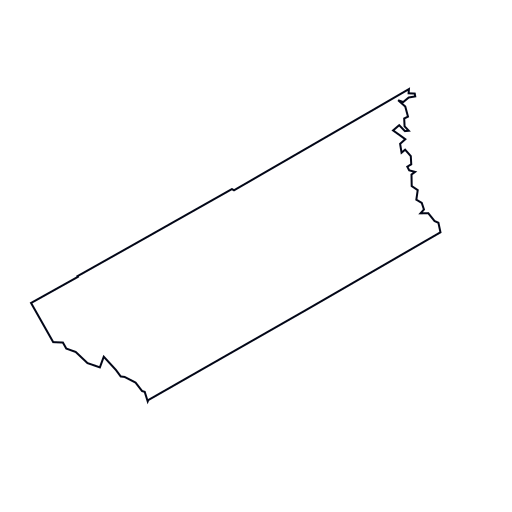 Carbon, Utah, United States of America, rotated 330°
{"feature_id": "52423323B75729045949325", "entity_name": "Carbon", "entity_type": "district", "adm_level": 2, "iso_a3": "USA", "parent_name": "United States of America", "parent_adm1": "Utah", "projection": "orthographic", "projection_center": [-110.382, 39.641], "detail": "fine", "context": "isolated", "style": "outline", "palette": "ink", "viewbox_px": 512, "rotation_deg": 330, "n_neighbors": 0, "source": "geoboundaries", "source_scale": "gbopen_adm2", "svg_char_len": 856}
<svg xmlns="http://www.w3.org/2000/svg" viewBox="0 0 512 512"><g transform="rotate(330 256 256)"><path d="M161.7,185.0L91.3,184.2L91.3,185.0L37.7,184.2L37.3,229.2L45.5,234.4L45.4,241.3L51.9,249.0L56.5,264.5L65.1,274.4L73.8,267.1L77.7,284.6L78.6,292.7L81.7,295.0L88.4,305.4L89.8,316.0L91.7,318.0L89.5,327.8L90.7,326.9L276.3,327.8L427.6,327.7L430.6,318.4L428.1,315.0L426.6,305.1L419.8,301.3L424.7,299.7L426.1,292.9L423.0,287.4L429.0,279.8L425.8,273.3L431.4,263.2L435.8,262.7L431.5,258.4L431.7,254.3L436.3,254.2L440.0,246.9L438.3,238.5L433.7,239.3L436.9,230.9L443.7,229.5L437.5,215.8L445.4,214.3L447.4,222.3L450.9,223.9L449.5,218.0L453.1,211.0L457.3,211.3L460.0,201.2L457.0,192.2L460.5,196.3L467.5,195.1L473.7,197.4L474.7,194.7L469.5,191.4L471.9,187.9L442.1,188.0L269.8,188.1L268.6,186.0L161.7,185.0Z" fill="none" stroke="#020617" stroke-width="2"/></g></svg>